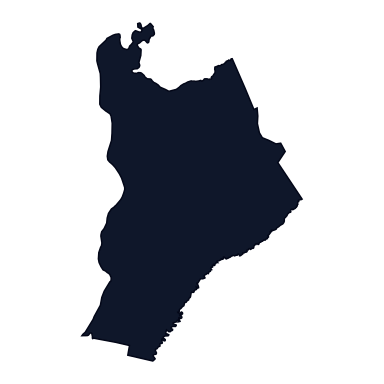 outline of Bella Vista, Corrientes, Argentina
{"feature_id": "61730980B66875074034941", "entity_name": "Bella Vista", "entity_type": "district", "adm_level": 2, "iso_a3": "ARG", "parent_name": "Argentina", "parent_adm1": "Corrientes", "projection": "mercator", "projection_center": [-58.927, -28.498], "detail": "fine", "context": "isolated", "style": "filled", "palette": "ink", "viewbox_px": 384, "rotation_deg": 0, "n_neighbors": 0, "source": "geoboundaries", "source_scale": "gbopen_adm2", "svg_char_len": 5950}
<svg xmlns="http://www.w3.org/2000/svg" viewBox="0 0 384 384"><path d="M154.2,34.5L154.4,33.2L153.7,30.0L153.0,28.9L152.9,27.3L153.2,26.7L150.5,23.5L150.0,23.5L147.8,25.5L143.6,28.1L142.9,28.3L142.3,28.1L141.5,27.2L140.9,24.5L140.3,23.5L139.8,23.0L139.2,23.1L137.7,23.6L137.9,27.1L141.3,29.0L142.0,29.8L141.7,31.0L141.2,31.7L140.4,32.2L138.8,31.9L135.6,30.7L134.9,31.0L133.1,32.7L132.2,35.0L131.8,38.2L133.2,41.5L133.1,42.2L131.0,44.8L129.7,46.0L128.6,48.9L126.8,49.6L123.3,48.5L121.5,46.6L120.4,44.3L119.8,40.7L119.7,38.8L120.2,37.5L120.0,35.4L119.7,34.4L118.8,33.9L115.3,34.4L113.0,35.2L107.0,38.4L106.0,40.2L99.1,46.7L97.8,49.3L97.0,52.9L96.9,60.9L97.6,63.9L100.3,73.6L100.5,77.8L100.7,87.0L99.9,95.8L99.8,104.2L101.3,107.3L105.8,111.0L110.0,113.8L111.1,116.1L112.2,123.2L112.0,133.5L111.5,140.5L108.0,151.5L107.3,156.2L107.8,159.8L109.6,162.0L112.5,164.5L115.3,167.6L119.4,173.8L121.6,178.1L123.9,185.0L124.7,187.5L124.7,189.6L123.7,193.1L122.2,197.1L120.7,199.7L115.8,205.5L114.7,206.3L114.3,206.9L111.4,209.0L108.5,213.4L107.2,218.0L106.7,223.1L104.1,228.6L101.7,231.7L101.0,234.6L100.9,236.2L101.9,243.0L101.5,245.7L100.6,247.3L98.8,252.6L98.4,258.9L99.1,262.6L101.0,266.6L103.1,269.9L105.5,271.0L107.3,272.6L108.7,273.4L109.8,274.5L111.2,277.6L111.1,280.1L110.8,281.1L109.9,281.8L104.2,291.2L101.8,297.4L100.4,305.2L94.2,316.5L93.1,319.4L85.2,332.3L83.0,334.2L81.9,335.7L87.3,335.6L88.5,335.1L89.6,333.6L90.7,332.8L91.2,332.8L91.8,333.5L92.4,336.4L92.4,338.2L92.8,338.6L93.2,338.1L115.7,342.3L129.5,345.5L127.8,355.2L152.8,361.0L154.9,359.2L155.1,358.7L153.1,356.0L153.3,355.1L154.0,354.6L156.0,354.2L156.5,353.0L155.3,350.3L155.7,349.2L157.0,348.7L158.5,346.6L159.7,346.4L160.0,346.0L159.8,344.1L160.3,343.7L162.1,343.3L162.3,342.5L161.6,340.2L161.7,339.0L162.4,338.7L163.1,340.2L163.8,340.7L164.5,340.9L165.1,340.7L165.3,340.1L165.2,339.5L163.5,338.1L163.1,337.4L163.4,336.8L165.0,336.0L168.0,335.8L168.5,335.5L168.8,334.8L166.9,333.8L166.4,334.1L165.8,333.9L165.7,333.1L166.5,329.9L168.9,331.7L170.2,331.7L170.6,331.1L171.6,330.8L172.5,330.2L172.6,329.3L171.2,328.6L171.0,327.8L171.6,327.0L172.9,326.4L175.3,326.5L176.2,325.7L176.2,325.0L172.9,323.8L172.9,323.1L173.8,322.5L176.4,321.9L176.4,321.2L177.1,320.4L177.9,320.2L178.2,320.9L178.1,321.9L180.0,321.4L178.7,318.4L178.7,317.8L179.2,317.5L180.3,318.5L181.0,318.4L181.7,317.9L181.9,317.3L181.4,315.9L179.8,315.5L179.5,314.9L179.9,314.4L180.9,314.2L181.9,314.3L182.5,313.9L182.6,313.1L182.2,312.4L181.4,312.0L180.8,312.4L180.7,313.2L178.2,312.9L177.7,312.2L179.2,311.6L179.3,310.0L179.7,309.3L181.0,308.4L182.4,306.7L183.9,305.7L184.6,302.7L186.2,302.2L187.0,300.9L188.6,299.9L189.0,298.4L190.2,297.4L190.5,296.7L191.2,292.6L191.9,292.1L192.5,292.4L193.3,292.4L194.1,291.8L194.1,290.8L194.8,290.4L195.4,289.6L196.4,289.5L196.7,288.8L196.3,287.1L197.8,288.1L198.6,287.7L198.5,286.8L197.9,284.9L196.8,283.7L197.0,283.0L197.8,283.1L200.2,279.2L200.7,278.8L202.8,278.8L204.9,278.0L204.9,277.4L204.2,276.5L204.1,275.8L204.8,275.0L206.2,274.3L206.6,273.5L208.4,273.6L208.6,272.3L210.4,271.2L211.0,269.7L211.6,269.6L210.7,268.1L211.1,267.4L212.5,267.1L212.5,265.3L213.9,265.6L214.6,265.3L214.0,264.3L215.2,264.1L215.8,263.5L216.1,262.6L217.7,262.6L217.1,261.9L217.0,261.1L217.7,260.8L218.4,261.0L220.9,259.8L221.1,258.7L221.7,258.6L222.2,259.3L222.8,259.2L223.6,258.6L223.8,258.1L223.4,257.8L223.3,257.2L223.9,256.9L224.4,257.6L225.2,257.7L225.9,258.8L226.7,258.9L227.1,258.4L228.7,258.0L229.0,257.4L230.2,257.2L231.4,256.1L232.1,256.0L233.0,255.3L234.8,255.9L235.3,255.4L237.2,255.2L237.4,254.5L238.2,254.0L238.8,254.2L239.5,255.8L240.5,255.7L242.8,253.9L242.7,253.2L243.0,252.8L243.9,253.0L244.9,252.4L246.6,252.0L247.1,251.4L246.8,250.3L248.3,249.8L248.5,249.0L249.1,248.5L249.6,248.6L249.9,249.1L250.5,249.4L250.9,249.0L251.4,249.0L252.0,248.3L253.2,248.3L253.7,247.8L253.8,246.8L254.2,245.4L254.8,245.2L255.8,243.7L256.5,243.8L256.9,244.3L257.3,243.7L258.5,244.4L259.0,243.9L259.1,243.1L259.6,242.5L260.7,242.2L261.8,241.3L262.6,241.2L262.9,240.7L263.8,240.1L265.2,240.1L266.3,238.9L267.4,238.6L267.4,237.8L268.5,237.0L268.4,236.3L267.8,235.5L268.8,234.9L270.6,232.5L270.2,232.2L270.2,231.6L270.9,231.2L271.7,231.4L272.1,230.8L271.9,230.3L273.3,230.4L275.4,229.6L276.1,229.2L277.1,227.5L278.5,226.9L280.1,225.4L282.8,223.9L283.9,222.4L284.0,221.7L284.3,221.2L284.3,218.7L284.7,217.9L285.6,217.4L285.9,216.6L286.8,215.9L287.8,213.8L289.7,212.2L290.4,212.3L290.8,211.9L290.7,210.2L291.0,209.6L292.1,209.0L292.8,209.7L295.3,208.3L295.7,207.7L296.4,207.2L296.7,206.3L297.2,206.0L297.4,204.7L297.9,204.2L297.6,203.2L297.8,201.9L298.6,201.6L298.2,201.0L298.5,200.3L299.1,200.2L300.3,199.6L301.0,199.7L302.1,199.1L277.8,162.6L285.2,151.5L280.7,143.2L275.9,143.9L269.5,140.7L262.3,137.7L259.4,132.8L257.4,123.6L257.8,116.0L257.1,108.0L253.9,109.5L245.1,88.3L232.2,58.7L231.2,58.8L230.3,60.6L228.8,60.0L228.3,60.5L226.3,61.3L226.1,62.2L225.4,62.3L224.6,63.5L223.1,64.4L221.6,64.6L220.8,65.4L219.4,65.8L218.4,65.6L217.7,66.0L217.5,66.7L216.8,66.4L214.9,67.1L214.7,69.3L215.0,70.4L215.1,72.5L213.3,75.2L213.1,75.8L211.6,76.8L211.3,77.6L211.8,78.1L211.6,78.7L211.2,79.1L209.8,79.0L209.3,79.5L207.0,78.8L204.9,78.8L204.3,79.0L203.5,80.2L201.8,81.2L200.8,80.4L198.6,81.0L195.7,81.4L194.1,81.1L192.3,81.2L191.2,80.9L187.7,82.0L185.4,83.3L183.7,83.9L180.9,85.6L179.3,87.2L176.3,89.4L168.9,91.3L165.3,89.4L160.2,87.2L158.1,84.9L155.7,83.3L153.9,82.5L152.1,80.8L151.3,79.5L150.5,79.0L147.2,78.8L145.0,77.0L144.1,75.4L141.5,73.1L140.5,72.7L138.3,72.6L136.6,73.4L135.0,73.2L134.3,73.3L133.0,72.8L132.1,71.9L131.9,71.0L132.0,70.2L132.5,69.6L134.5,68.9L137.3,68.7L139.0,67.4L139.7,65.8L139.6,64.7L139.0,63.1L139.0,62.0L140.8,55.5L141.1,49.8L140.7,49.0L138.8,47.9L137.3,45.4L137.2,44.9L137.7,43.8L139.6,42.9L141.8,40.9L142.8,40.3L144.2,40.1L145.3,40.6L147.0,42.6L147.7,42.9L148.4,42.5L148.8,41.9L149.1,39.4L150.9,36.3L151.7,35.9L152.8,35.9L154.2,34.5Z" fill="#0f172a" stroke="#020617" stroke-width="1.5"/></svg>